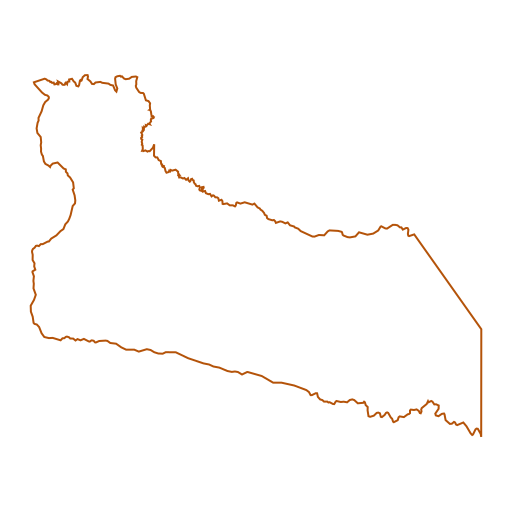 the district of Villavicencio, Meta, Colombia
{"feature_id": "7082276B6983949832660", "entity_name": "Villavicencio", "entity_type": "district", "adm_level": 2, "iso_a3": "COL", "parent_name": "Colombia", "parent_adm1": "Meta", "projection": "equal_earth", "projection_center": [-73.572, 4.112], "detail": "fine", "context": "isolated", "style": "outline", "palette": "amber", "viewbox_px": 512, "rotation_deg": 0, "n_neighbors": 0, "source": "geoboundaries", "source_scale": "gbopen_adm2", "svg_char_len": 5895}
<svg xmlns="http://www.w3.org/2000/svg" viewBox="0 0 512 512"><path d="M50.1,167.0L50.5,165.8L52.7,163.6L57.6,162.5L63.6,168.5L65.8,169.4L65.9,171.8L67.5,173.4L67.8,175.4L70.1,177.5L73.1,182.4L73.8,188.3L72.7,189.6L74.6,195.4L75.3,200.4L75.0,203.4L72.7,206.0L70.6,215.1L69.2,218.9L67.9,221.5L65.3,224.3L63.4,229.1L60.5,231.1L56.4,235.4L51.2,238.6L48.9,241.5L47.6,241.6L42.8,244.1L40.8,244.1L38.9,246.1L37.1,245.6L35.9,245.9L34.6,247.7L32.9,249.0L32.2,250.4L32.0,251.8L32.7,254.8L32.6,260.0L34.5,263.3L34.2,266.4L35.3,269.7L32.6,271.3L32.4,272.0L33.9,276.3L33.4,280.9L33.8,283.8L33.5,288.4L35.8,294.8L34.0,299.9L30.7,305.7L30.9,311.7L32.7,316.7L33.6,322.9L34.5,323.9L36.8,324.5L39.1,327.0L41.6,333.3L44.3,337.0L48.9,338.1L52.7,337.9L60.6,340.3L62.5,338.3L64.3,338.2L65.8,336.9L66.9,336.6L68.9,337.2L70.2,338.5L73.2,338.6L75.5,340.5L77.5,339.1L80.5,340.3L83.9,338.9L88.7,341.4L89.8,341.6L91.4,340.4L92.6,340.5L93.7,340.8L94.9,342.3L95.8,342.5L99.2,341.0L105.5,340.6L107.4,340.9L110.3,343.0L116.1,343.7L121.2,347.3L126.2,349.7L134.3,349.7L138.8,351.6L146.8,349.2L150.6,350.0L154.2,352.2L158.3,353.5L162.7,353.7L165.7,352.2L175.8,352.3L188.1,358.2L203.5,363.4L209.1,364.5L213.4,366.5L219.3,367.6L227.4,371.0L231.8,371.9L234.9,371.5L237.9,372.0L242.0,374.5L247.2,372.0L248.0,372.1L261.7,376.0L273.2,382.7L281.6,382.7L294.2,385.5L306.4,390.1L309.0,392.1L310.6,395.1L311.9,395.1L315.8,393.2L317.1,393.3L317.9,396.9L320.1,399.4L322.4,400.1L324.0,401.6L327.3,401.6L328.4,402.5L329.6,402.2L333.0,404.0L334.2,404.1L335.7,401.6L336.5,401.0L340.8,402.0L343.7,401.7L347.1,402.3L349.8,400.0L352.3,399.4L354.3,400.1L357.8,403.3L363.3,402.8L364.1,401.7L364.9,402.3L365.7,405.1L367.7,407.0L367.6,410.4L368.5,416.2L370.1,416.8L373.8,415.7L376.7,412.9L378.3,412.6L379.9,413.3L380.8,416.8L381.9,417.1L384.6,415.0L386.0,412.9L387.1,412.4L388.2,412.9L390.8,417.5L392.1,418.7L393.1,421.7L393.8,422.2L397.7,420.2L398.6,417.3L399.7,416.4L403.9,417.1L407.7,414.3L408.9,414.1L410.0,413.2L410.0,410.5L410.8,409.6L414.0,410.0L416.6,409.4L418.8,410.9L419.8,413.0L420.7,413.3L421.5,411.5L421.2,409.5L421.7,408.1L426.7,404.0L428.0,401.2L428.5,402.3L431.2,401.0L432.4,401.6L434.3,404.4L436.1,404.3L438.7,405.5L438.6,408.8L435.3,413.6L435.8,415.4L438.5,416.2L441.8,413.9L444.0,413.5L444.5,414.3L445.6,420.1L449.9,423.9L451.9,423.7L454.0,421.9L455.1,422.5L456.0,424.5L457.2,425.1L463.3,422.5L466.5,426.3L470.6,433.3L472.2,435.0L473.0,434.5L475.5,429.4L476.5,428.6L477.8,428.8L480.7,433.9L481.2,436.9L481.3,329.2L414.2,234.4L409.1,236.1L408.3,235.7L407.9,233.9L408.4,229.7L407.6,228.1L406.1,228.0L402.8,229.6L401.4,227.4L400.0,227.4L397.5,225.3L395.4,224.9L392.7,224.9L387.0,228.6L385.3,228.4L381.3,226.3L380.6,226.6L378.2,230.5L373.2,233.6L367.4,234.7L359.0,232.3L355.4,236.4L349.9,237.4L347.5,237.1L343.5,235.5L342.7,234.8L342.0,232.2L341.2,231.7L338.1,230.9L329.5,230.4L327.7,231.4L324.2,235.3L318.9,235.0L314.5,236.6L312.4,236.5L300.7,231.1L298.2,228.7L294.8,227.4L294.1,226.5L290.0,225.3L287.7,222.4L285.4,223.4L282.2,221.8L280.2,221.4L275.9,222.9L275.2,221.3L273.9,220.0L272.4,220.3L268.4,219.1L267.1,218.1L266.6,215.7L264.8,214.8L264.1,213.0L262.3,210.8L260.5,209.6L259.8,208.5L257.6,207.4L254.4,203.6L252.4,204.6L244.7,202.3L240.4,203.6L237.1,202.4L236.4,202.8L235.7,205.6L235.0,206.4L232.8,205.3L229.7,205.3L227.1,203.4L223.2,204.1L222.6,203.9L222.4,201.1L221.5,199.8L218.9,200.7L218.3,198.2L217.2,197.4L215.3,197.3L214.0,195.7L213.0,195.3L211.6,196.4L210.0,193.9L208.4,194.2L205.9,193.2L205.1,191.0L202.8,191.6L202.5,189.5L203.7,187.7L203.5,186.9L202.0,187.2L202.0,189.3L201.2,190.8L199.7,190.3L199.3,189.3L200.0,187.4L199.2,185.9L197.6,186.3L196.0,185.7L195.6,184.3L194.7,183.7L193.8,182.1L193.7,180.5L192.6,179.9L192.1,178.8L191.0,179.2L190.2,181.4L189.7,181.7L188.4,180.3L188.0,178.3L186.1,179.8L184.4,178.0L183.0,178.5L180.5,177.3L179.2,177.5L178.8,176.0L178.1,175.2L178.3,174.7L179.3,174.8L178.1,173.1L178.1,171.7L175.6,169.7L172.2,170.6L170.5,169.9L170.2,171.3L169.2,170.7L168.8,172.0L166.5,172.7L165.5,171.0L164.8,168.0L163.8,167.2L164.0,166.1L163.3,165.9L162.5,166.6L162.1,166.0L162.1,164.5L161.5,164.5L161.1,163.6L160.9,161.1L158.7,160.1L157.3,157.4L155.6,157.4L154.0,155.7L154.2,144.3L152.9,147.8L149.7,151.2L148.2,151.1L147.5,151.6L145.4,150.4L143.3,151.1L142.9,150.4L142.2,150.6L142.8,148.9L142.6,145.4L141.8,144.8L142.2,143.4L141.7,141.9L142.3,139.6L141.2,138.9L141.1,137.9L142.1,137.1L141.8,135.9L142.2,135.7L142.3,134.8L141.2,132.5L142.4,131.8L142.4,130.8L143.0,130.8L142.8,128.1L143.9,129.1L144.1,126.6L144.8,126.9L146.2,126.3L146.0,125.3L146.6,125.6L148.2,123.7L149.7,124.2L149.3,123.6L151.1,121.3L150.8,120.0L151.1,118.9L153.5,118.0L153.8,117.3L153.2,117.2L153.1,116.3L151.7,116.4L151.9,115.7L151.4,115.1L150.9,111.5L150.3,110.1L149.5,109.9L150.1,109.5L149.8,105.4L150.1,103.3L148.5,101.1L145.9,100.3L143.8,93.7L143.0,93.0L140.6,92.9L139.1,92.0L136.2,87.6L135.8,85.9L136.3,84.4L136.2,81.1L137.3,77.2L135.9,76.5L131.8,76.9L129.2,78.7L125.7,79.2L124.1,78.6L121.9,76.3L121.0,76.7L120.0,75.8L117.2,76.3L115.5,77.2L115.1,78.7L115.7,84.4L117.3,88.5L116.4,91.6L115.1,90.3L113.1,85.5L110.4,84.9L108.5,83.6L102.2,82.8L100.4,81.9L95.5,82.5L93.9,84.1L92.0,83.9L90.4,81.4L87.5,79.0L88.0,76.5L87.6,75.1L84.9,75.2L82.7,77.2L81.6,80.5L81.1,80.8L80.4,80.1L79.9,80.8L79.1,85.1L78.3,86.4L76.4,85.8L75.2,82.6L73.7,81.4L72.0,78.8L69.1,79.5L69.3,81.5L67.6,81.7L67.1,84.2L65.8,82.6L65.2,83.2L64.9,84.6L64.0,84.9L62.5,84.7L61.4,83.3L58.0,81.4L58.5,83.0L58.4,84.4L57.7,84.4L56.7,83.2L55.9,84.1L54.4,84.4L53.7,82.6L52.1,82.9L51.3,81.9L50.3,82.1L49.5,80.9L47.5,80.5L46.4,79.4L44.7,78.7L33.9,82.3L34.6,84.3L42.0,92.5L44.9,94.8L47.4,95.5L48.7,96.8L48.9,98.0L48.1,99.6L45.2,102.0L43.3,105.3L41.6,111.3L38.5,117.9L38.6,120.5L37.6,122.8L36.6,128.4L37.4,133.0L40.7,137.0L41.2,142.4L40.7,145.2L41.1,148.7L41.0,151.6L41.9,154.6L42.9,156.0L43.9,161.4L45.4,163.9L48.4,165.5L50.1,167.0Z" fill="none" stroke="#b45309" stroke-width="2"/></svg>